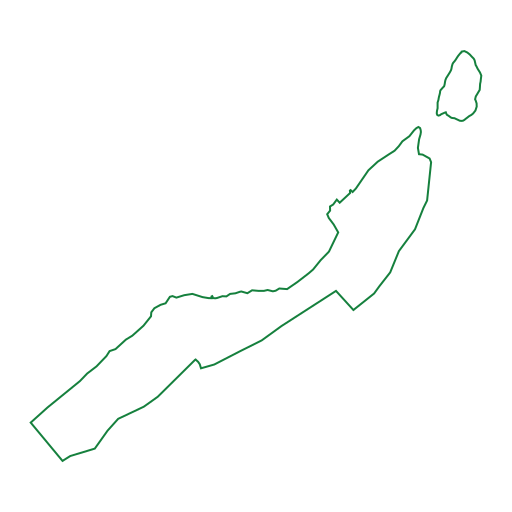 outline of Foa, Ha'apai, Tonga
{"feature_id": "48082658B59083030943668", "entity_name": "Foa", "entity_type": "district", "adm_level": 2, "iso_a3": "TON", "parent_name": "Tonga", "parent_adm1": "Ha'apai", "projection": "orthographic", "projection_center": [-174.289, -19.734], "detail": "fine", "context": "isolated", "style": "outline", "palette": "green", "viewbox_px": 512, "rotation_deg": 0, "n_neighbors": 0, "source": "geoboundaries", "source_scale": "gbopen_adm2", "svg_char_len": 2514}
<svg xmlns="http://www.w3.org/2000/svg" viewBox="0 0 512 512"><path d="M62.5,460.9L70.3,456.0L94.8,448.6L107.6,430.6L118.2,418.8L143.8,406.7L157.7,396.8L195.1,359.8L195.6,359.5L196.3,360.2L198.1,361.8L199.8,364.3L201.0,368.3L214.3,364.5L240.1,351.2L261.7,340.4L281.4,326.1L336.0,290.9L353.4,310.0L374.1,293.5L379.4,286.2L390.2,272.4L398.9,251.1L415.0,229.3L423.4,208.0L427.1,200.5L431.1,162.2L429.6,158.5L422.6,154.6L419.0,154.2L417.9,147.9L419.1,139.3L420.5,134.5L420.9,132.0L420.7,130.2L420.1,128.1L418.3,127.0L416.3,128.2L414.0,130.4L409.4,136.2L405.0,139.4L402.4,141.3L398.8,146.2L394.6,150.7L388.8,154.4L377.7,161.7L368.4,170.3L355.9,188.5L352.6,192.0L350.6,190.1L349.9,190.6L350.1,193.0L339.7,202.7L336.8,199.6L333.2,204.5L330.0,206.5L330.1,210.6L327.2,214.2L328.8,218.0L333.7,224.5L338.2,232.4L329.1,251.3L328.6,252.0L320.7,260.1L313.1,269.5L308.8,273.2L297.4,282.0L287.1,289.1L279.3,288.5L275.7,290.7L272.9,291.3L267.6,290.0L263.8,290.9L258.8,290.9L252.1,290.3L247.4,293.2L241.3,291.5L239.8,291.8L235.4,293.3L230.1,293.9L226.4,296.4L222.4,296.2L217.0,298.0L215.3,298.3L212.4,298.0L212.6,296.7L212.2,296.1L211.5,296.5L211.6,298.2L208.5,298.1L202.5,297.1L192.4,293.9L184.2,295.2L176.4,297.6L172.5,296.1L169.9,296.8L165.6,303.3L160.6,304.8L154.4,308.2L151.3,312.3L151.0,316.3L143.5,325.7L132.3,335.7L125.9,339.6L115.5,349.1L109.6,351.1L106.4,356.1L96.5,366.4L87.2,373.5L79.9,381.1L47.6,407.4L30.7,422.6L62.5,460.9ZM460.7,52.8L458.3,55.7L457.2,57.3L455.7,59.7L454.6,61.2L453.2,62.8L452.5,64.1L452.2,65.2L451.8,66.6L451.6,67.9L451.3,69.3L450.9,70.4L449.8,72.4L448.8,74.0L447.6,75.9L446.2,78.1L445.4,80.1L445.0,82.0L444.7,84.0L444.5,84.9L444.1,86.3L442.8,87.6L441.5,89.1L440.6,90.1L440.2,91.0L440.1,91.6L440.0,92.8L439.5,94.9L439.0,96.7L438.7,98.2L438.4,100.0L437.6,102.5L437.6,106.2L437.6,108.2L437.0,110.8L436.8,112.4L436.8,113.8L437.4,115.1L438.6,115.6L440.1,115.1L441.2,114.2L442.6,113.6L444.6,112.7L445.8,112.3L446.2,113.4L446.8,114.7L448.1,115.5L449.3,116.3L450.7,117.4L451.8,117.9L453.1,118.1L454.5,118.2L455.9,118.9L458.5,120.1L459.7,120.7L460.5,120.8L461.5,120.9L463.0,120.7L464.4,119.9L465.7,118.8L467.3,117.6L469.2,116.1L471.4,114.9L473.1,113.5L475.4,110.6L476.7,106.6L476.6,103.4L475.7,100.6L475.1,99.3L475.8,96.4L477.2,94.1L478.2,92.4L479.7,89.9L479.9,87.3L480.1,83.9L480.6,81.6L480.8,79.6L481.3,75.6L480.0,72.5L477.6,68.7L476.5,66.4L475.7,65.1L474.6,60.3L473.7,58.6L471.8,56.7L469.8,54.5L467.3,52.5L464.4,51.1L461.6,51.6L461.3,52.6L460.7,52.8Z" fill="none" stroke="#15803d" stroke-width="2"/></svg>